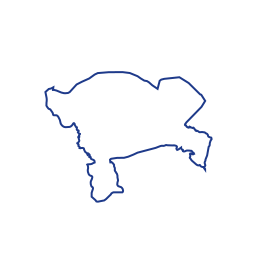 SVG path tracing the border of Sala ad-Din, rotated 134°
{"feature_id": "IRQ-3052", "entity_name": "Sala ad-Din", "entity_type": "Province", "adm_level": 1, "iso_a3": "IRQ", "parent_name": "Iraq", "parent_adm1": "", "projection": "orthographic", "projection_center": [43.888, 34.578], "detail": "fine", "context": "isolated", "style": "outline", "palette": "blue", "viewbox_px": 256, "rotation_deg": 134, "n_neighbors": 0, "source": "natural_earth", "source_scale": "10m", "svg_char_len": 5541}
<svg xmlns="http://www.w3.org/2000/svg" viewBox="0 0 256 256"><g transform="rotate(134 128 128)"><path d="M178.2,87.4L184.3,93.7L185.3,94.2L186.7,94.5L187.7,94.2L194.3,94.4L196.6,94.8L201.8,98.4L202.5,99.2L202.7,99.6L202.8,99.8L202.7,100.2L202.5,101.2L202.7,106.4L199.9,109.1L197.9,110.1L196.4,110.8L195.7,111.3L195.3,111.9L195.2,112.4L195.3,112.9L195.4,113.5L195.1,114.3L194.3,115.7L193.2,116.9L192.3,117.6L191.6,117.9L189.9,118.5L188.6,119.2L188.0,119.7L187.8,120.2L187.8,120.6L187.9,121.1L188.2,121.5L188.4,122.0L188.6,122.8L188.6,123.9L187.6,126.0L186.9,127.0L186.0,127.9L185.0,128.5L184.0,129.4L183.3,130.3L182.9,131.0L182.6,131.9L182.1,131.7L179.9,129.7L179.2,129.3L178.7,129.0L177.8,128.8L176.6,128.3L176.0,128.0L175.8,128.2L175.1,129.1L174.9,129.5L174.9,129.8L174.9,130.5L175.8,132.8L175.8,133.3L175.6,133.8L174.9,134.5L174.9,134.8L175.1,134.7L175.3,134.8L175.5,135.1L175.8,135.7L175.7,135.9L175.5,136.1L174.9,136.3L174.7,136.3L174.4,136.4L174.2,136.6L173.9,137.1L173.9,137.4L173.9,137.5L174.0,137.4L174.3,137.3L174.5,137.4L174.5,137.6L174.4,137.8L174.1,138.1L174.1,138.3L174.4,138.5L174.6,138.4L175.0,138.2L175.4,138.3L175.3,138.5L175.2,138.8L175.0,139.5L174.9,139.7L174.5,140.2L174.5,140.4L174.7,140.8L174.9,141.5L174.9,142.1L174.5,143.5L173.9,144.8L173.4,145.5L173.4,145.9L173.6,146.3L173.9,146.8L174.5,147.4L174.9,147.8L175.4,148.0L176.1,148.9L175.3,149.5L175.4,150.9L175.4,151.2L175.2,151.4L174.9,151.5L174.4,151.8L174.3,152.2L174.3,153.6L174.2,153.9L173.8,153.8L173.5,153.4L173.3,153.4L173.1,153.5L172.8,153.7L172.6,153.8L172.4,153.9L171.7,153.9L171.2,154.1L170.9,154.3L169.7,156.2L169.4,156.7L169.3,157.3L169.1,157.5L168.9,157.6L168.6,157.5L168.6,157.4L168.8,157.1L168.7,156.9L168.6,156.7L168.3,156.8L168.1,157.0L167.8,157.4L167.7,157.9L167.4,158.1L167.1,158.3L166.4,158.2L165.8,158.3L165.6,158.5L165.8,158.9L165.9,159.1L166.0,160.9L165.9,161.1L165.0,161.2L164.5,161.3L164.3,161.5L164.2,161.8L164.2,162.1L164.7,162.9L164.8,163.1L164.8,163.4L164.6,163.9L164.4,164.1L163.1,165.1L163.0,165.3L163.3,165.8L163.4,166.2L163.0,167.4L162.8,168.3L162.1,169.3L162.1,169.6L162.1,170.3L162.3,170.4L162.6,170.5L163.0,170.5L163.5,170.3L165.2,170.1L166.8,170.3L167.7,170.7L170.6,173.3L171.3,174.2L171.8,175.3L172.0,176.8L171.9,178.1L171.6,179.4L169.5,182.7L168.4,185.9L168.3,186.6L168.3,187.2L168.4,187.9L168.7,188.5L169.2,189.0L170.4,190.3L170.5,190.6L170.5,190.9L169.7,192.3L169.4,192.8L168.6,196.8L169.3,198.5L169.1,200.3L168.6,202.2L166.2,204.4L165.1,205.2L163.7,206.5L162.8,207.6L159.5,212.4L155.0,212.1L152.9,210.7L150.6,210.0L152.7,208.4L152.0,207.7L150.7,205.4L148.8,200.6L147.6,198.5L146.7,197.4L144.5,195.5L142.7,194.9L132.4,195.2L126.8,193.3L119.3,190.3L112.7,189.1L109.5,187.9L101.1,180.5L91.4,170.5L87.2,164.9L84.1,157.1L83.5,153.2L82.6,149.2L81.1,147.0L80.6,144.8L80.4,140.2L79.3,133.9L72.0,138.0L70.1,137.7L67.5,136.1L55.8,126.3L53.5,115.6L53.7,99.5L53.2,98.4L54.9,91.3L61.8,89.8L83.3,89.9L85.5,89.6L86.2,89.2L86.3,88.8L86.2,88.4L85.9,88.0L85.9,87.9L86.2,87.1L86.3,86.7L86.3,86.4L86.1,86.0L86.1,85.8L86.0,85.6L85.9,84.9L85.6,84.8L85.4,84.8L85.2,84.8L84.8,84.7L84.7,84.7L84.8,84.4L84.8,84.2L84.6,84.1L84.4,84.0L84.4,83.9L84.4,83.7L84.1,83.5L83.9,83.5L83.9,83.3L83.8,82.9L83.3,82.0L83.1,81.5L82.8,81.4L82.7,81.4L82.4,81.3L82.3,81.1L82.3,80.5L82.6,79.3L82.5,78.8L82.7,78.4L82.9,77.8L82.9,77.4L82.8,77.2L82.7,77.3L82.4,77.3L82.3,77.1L81.6,75.2L81.5,74.6L81.5,74.1L81.2,73.5L80.9,73.2L80.0,72.4L79.5,72.0L77.9,69.8L77.8,69.3L77.8,68.4L77.5,67.9L77.4,67.3L77.3,66.8L77.5,65.8L77.6,65.6L77.9,65.3L78.2,64.6L78.3,64.2L78.2,63.7L77.6,62.2L77.1,61.4L77.2,61.2L77.4,61.0L77.6,60.6L77.8,60.3L78.0,60.1L78.4,60.0L78.6,60.0L78.8,60.0L79.0,59.9L79.3,59.9L79.5,59.9L81.2,59.1L82.0,58.7L83.4,57.5L84.0,57.1L84.4,57.0L85.5,56.9L92.8,52.0L96.7,50.4L97.8,49.6L99.0,49.2L99.9,48.6L100.8,47.0L101.2,46.4L102.1,46.1L102.9,46.1L103.5,45.8L103.9,44.1L104.4,43.6L104.0,45.6L103.9,45.9L103.7,46.4L103.7,46.7L103.9,46.9L104.2,47.2L104.5,47.7L104.8,48.4L105.0,49.3L104.9,49.9L104.7,50.3L104.8,50.6L104.9,50.8L105.2,50.9L105.5,51.0L105.8,51.2L106.2,51.6L106.6,52.5L106.8,53.6L107.1,59.3L107.0,60.0L107.0,60.5L106.7,61.4L106.6,62.3L106.6,62.7L106.4,63.0L105.8,63.2L104.7,63.8L103.7,65.4L103.1,65.5L102.8,65.3L102.4,64.8L102.4,64.4L102.4,64.1L102.1,63.7L102.0,63.3L101.9,63.0L101.6,62.8L100.7,62.5L100.3,63.6L100.6,64.3L100.6,64.7L100.4,65.1L100.3,65.9L100.4,66.6L100.7,67.0L101.0,67.2L101.1,67.4L101.4,67.9L102.9,69.6L103.6,70.2L105.3,70.9L106.1,71.5L106.5,72.4L106.4,72.6L106.0,72.8L105.8,73.0L105.6,73.4L105.8,73.7L106.0,73.9L106.0,74.2L105.8,75.3L105.6,75.8L105.2,76.2L108.3,76.8L109.6,77.4L109.3,78.8L108.8,79.1L108.1,79.4L107.5,79.7L107.3,80.5L107.5,81.2L108.0,82.1L108.6,83.0L109.1,83.3L113.0,87.6L113.8,88.8L115.4,89.5L116.5,90.3L117.1,91.2L118.4,92.1L123.1,94.3L139.1,104.0L143.3,105.6L148.5,107.9L152.1,110.1L157.2,115.2L161.8,118.7L162.4,118.9L163.3,118.9L164.7,117.2L165.0,116.8L164.9,116.7L164.3,116.6L164.1,116.5L164.0,116.4L164.0,116.2L164.1,115.8L164.1,115.7L163.8,115.2L163.8,114.9L164.0,114.1L164.0,113.7L164.0,113.0L164.1,112.7L164.2,112.4L165.0,111.7L165.3,111.3L165.5,110.9L165.7,110.1L166.7,108.8L167.4,108.4L167.6,108.1L167.7,107.9L167.7,107.7L167.8,107.5L168.1,107.0L168.1,106.8L168.1,106.5L168.1,106.4L168.1,106.2L168.3,105.7L168.5,105.3L168.5,105.1L168.5,104.9L168.5,104.7L168.7,104.0L169.6,102.5L170.9,101.2L172.2,99.3L172.6,98.8L173.4,98.3L174.3,97.9L176.0,96.6L176.5,95.7L176.6,94.6L175.3,91.7L175.3,90.7L175.6,89.4L176.1,88.6L176.6,87.9L177.1,87.6L177.4,87.4L178.2,87.4Z" fill="none" stroke="#1e3a8a" stroke-width="2"/></g></svg>